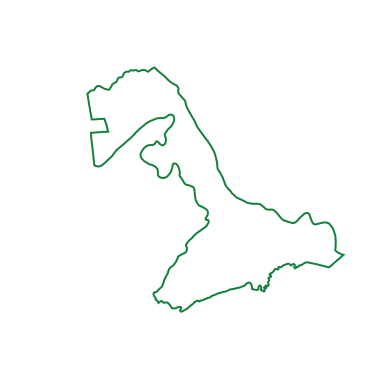 outline of Uspantán, Quiché, Guatemala, rotated 144°
{"feature_id": "79465075B86057243605305", "entity_name": "Uspantán", "entity_type": "district", "adm_level": 2, "iso_a3": "GTM", "parent_name": "Guatemala", "parent_adm1": "Quiché", "projection": "orthographic", "projection_center": [-90.797, 15.482], "detail": "fine", "context": "isolated", "style": "outline", "palette": "green", "viewbox_px": 384, "rotation_deg": 144, "n_neighbors": 0, "source": "geoboundaries", "source_scale": "gbopen_adm2", "svg_char_len": 6010}
<svg xmlns="http://www.w3.org/2000/svg" viewBox="0 0 384 384"><g transform="rotate(144 192 192)"><path d="M187.6,326.0L188.1,325.6L188.4,325.6L191.0,325.9L193.2,325.9L196.1,324.4L198.5,323.5L199.3,323.7L200.2,324.6L202.2,327.1L204.5,332.0L206.2,333.3L208.2,333.3L211.1,332.0L212.3,332.3L214.1,333.5L217.9,333.0L218.8,333.1L221.7,327.4L223.7,323.5L225.1,320.4L226.9,317.1L228.9,312.6L230.5,309.7L229.2,308.7L219.9,302.8L221.4,297.6L222.7,294.2L224.4,290.1L229.7,293.6L236.7,297.8L238.9,299.2L241.1,296.0L244.2,290.6L244.9,289.2L255.1,271.4L255.2,270.5L253.6,268.5L252.8,267.7L251.7,267.1L249.8,266.6L244.7,266.8L242.6,267.2L236.6,267.8L233.9,268.5L233.3,268.8L228.3,270.3L218.9,270.9L207.7,272.0L201.9,273.2L197.7,273.8L188.9,274.4L183.9,273.9L177.1,272.2L174.8,270.8L172.1,268.9L171.1,268.3L169.1,267.9L165.7,267.9L164.5,267.6L163.5,266.9L162.5,265.6L162.4,264.2L162.6,263.1L163.6,261.4L165.7,259.4L169.6,257.6L171.2,257.2L174.6,256.8L178.4,255.6L180.0,254.7L180.8,253.6L181.2,252.3L181.4,251.1L182.1,249.9L183.0,248.8L184.9,247.2L185.7,246.9L186.8,246.7L187.8,246.8L188.7,247.3L189.1,248.0L189.7,249.3L190.0,252.2L190.3,253.2L190.7,253.7L191.2,253.9L192.8,253.1L193.9,252.8L195.6,253.0L196.3,253.1L198.4,254.7L199.7,255.4L200.8,255.7L202.0,255.9L204.0,255.8L205.7,255.5L210.0,253.9L211.0,253.2L212.2,251.8L212.6,250.9L212.9,249.4L213.0,248.2L212.5,245.0L210.6,240.4L209.9,239.1L208.2,237.0L206.6,233.4L206.6,230.6L207.0,229.6L209.6,225.7L209.7,224.1L209.1,222.3L207.1,220.2L205.5,219.5L202.9,219.1L199.2,220.0L197.7,220.5L195.9,221.6L194.5,222.7L192.9,224.0L191.6,225.4L191.0,225.7L190.2,225.8L189.6,225.5L188.5,224.3L188.2,223.2L188.0,222.2L188.5,219.6L189.0,217.8L190.4,214.8L190.8,214.3L191.8,213.5L192.6,212.1L192.5,208.3L193.0,203.1L192.3,201.1L190.8,199.5L188.6,196.2L188.0,195.0L188.2,193.3L192.8,185.4L193.7,183.2L194.3,180.3L194.2,176.8L192.0,173.1L191.1,170.9L190.5,168.9L190.5,167.6L191.3,165.8L192.9,164.2L196.3,162.7L197.0,161.9L196.9,161.0L195.9,160.5L195.5,160.0L195.6,158.8L196.0,158.1L196.7,157.5L199.2,156.4L201.4,155.8L212.3,155.9L216.2,155.5L218.7,154.8L221.4,154.7L225.6,153.7L227.7,152.9L228.1,152.4L228.4,152.1L228.6,151.4L228.7,150.5L228.9,149.8L230.2,148.2L231.7,147.1L232.4,146.9L234.3,147.0L237.1,147.6L239.7,147.9L241.2,147.8L245.8,145.0L249.7,143.7L253.7,143.6L255.1,143.3L257.6,142.0L259.4,140.4L260.2,140.2L266.1,137.1L270.2,134.1L272.3,133.0L276.0,132.7L278.9,132.1L280.8,132.4L281.6,133.1L282.3,132.8L283.0,132.2L283.5,131.4L283.8,130.0L283.8,127.7L284.1,127.1L284.6,126.6L284.6,126.0L284.5,125.7L284.1,125.2L283.9,124.3L284.5,122.0L281.9,122.0L280.7,121.7L280.3,121.2L280.4,119.9L279.9,119.0L277.3,117.5L277.1,117.3L276.8,116.5L276.4,115.0L276.3,112.3L276.6,110.3L276.4,109.6L274.8,108.2L273.3,107.5L271.8,107.3L269.9,106.6L269.5,106.3L268.8,105.5L268.7,105.1L268.8,104.7L269.0,104.5L271.2,103.2L271.4,102.7L271.4,102.2L271.2,101.6L271.0,101.4L269.5,101.1L266.7,100.8L264.6,100.3L262.0,100.8L260.2,100.8L259.3,101.0L256.9,100.9L255.9,101.1L255.0,101.6L253.9,101.3L252.2,101.2L251.1,100.6L250.6,100.0L250.4,99.1L249.9,98.9L248.8,99.0L246.1,98.0L244.3,97.7L243.5,97.3L241.5,97.1L239.9,96.3L239.1,96.1L237.1,96.3L236.3,96.1L233.8,95.3L230.3,94.6L228.0,93.6L225.9,93.2L223.8,91.9L222.8,91.6L219.0,90.9L216.8,90.0L215.2,89.0L213.2,88.3L208.8,86.4L206.3,85.9L204.6,85.3L202.8,85.8L201.3,85.8L200.0,85.6L198.7,84.9L198.4,83.9L198.4,82.3L198.4,81.9L199.9,78.8L200.4,78.3L199.9,77.8L199.2,76.6L198.5,75.9L197.1,74.6L196.5,74.3L195.9,74.3L195.5,74.4L194.4,75.6L193.3,76.4L193.0,76.5L192.0,76.4L191.7,75.5L192.0,74.1L192.5,73.5L193.6,72.7L193.8,72.2L193.8,71.9L193.0,70.9L192.7,70.4L192.4,69.4L192.1,69.2L191.6,69.2L190.8,69.8L189.8,72.4L189.4,72.4L188.9,71.2L188.4,70.8L188.0,71.1L187.9,72.5L187.6,72.9L187.2,73.0L187.0,72.8L186.8,71.8L186.6,71.6L184.6,71.6L184.4,71.9L184.2,73.1L183.4,74.4L183.0,74.6L181.7,74.9L181.3,75.2L181.0,76.1L180.9,77.1L180.8,77.4L180.4,77.6L180.0,77.6L178.1,77.1L177.8,77.1L177.5,77.3L177.3,78.3L177.8,79.7L177.2,79.9L175.3,79.9L174.6,79.7L172.8,79.8L171.9,80.1L171.1,80.6L170.1,80.7L169.3,80.4L168.4,79.1L167.8,78.9L167.2,79.0L166.6,80.1L166.3,80.3L166.0,80.3L165.7,80.3L164.5,79.0L163.8,78.7L161.5,79.0L157.0,77.8L155.8,76.9L155.5,76.4L155.2,74.7L154.9,74.2L153.0,74.3L152.6,74.3L152.2,73.9L151.7,73.3L151.6,72.6L151.8,72.3L153.5,71.1L153.7,70.5L153.5,69.6L152.4,69.5L151.4,69.8L150.2,69.1L149.9,69.1L148.9,69.5L148.5,69.5L146.1,68.5L142.4,68.4L140.2,67.5L133.5,60.2L125.9,51.0L125.2,50.6L124.5,50.5L106.4,52.1L107.8,53.9L110.0,58.4L110.3,59.8L110.1,61.1L108.2,63.0L104.4,68.0L103.0,70.4L102.3,71.4L101.6,72.6L99.8,78.2L99.4,80.7L99.5,85.0L99.6,85.8L100.0,86.3L100.2,87.1L101.9,88.9L103.5,90.0L106.0,91.1L111.2,93.2L112.1,94.1L112.4,95.0L112.4,97.4L110.3,104.7L110.3,106.2L111.0,107.3L111.7,107.8L113.0,108.2L114.7,108.3L120.6,107.6L123.6,106.8L126.1,106.7L128.1,107.2L129.3,108.2L131.5,111.0L132.3,112.0L132.3,112.4L133.4,113.5L133.3,113.8L134.2,114.6L134.7,115.6L135.3,118.2L135.8,126.2L136.7,129.7L137.8,131.0L140.2,132.4L141.8,134.1L142.4,135.4L142.9,138.3L143.9,141.8L145.5,143.7L147.6,145.3L148.1,145.4L150.7,147.6L153.3,150.4L154.1,151.5L154.5,152.9L158.8,160.7L159.4,162.3L159.8,165.0L160.5,167.7L160.3,168.9L160.5,172.3L160.9,173.2L160.9,177.5L160.6,179.2L159.6,181.9L159.7,182.4L159.4,182.8L159.2,184.0L158.7,185.4L157.9,191.0L157.8,195.0L157.5,196.0L155.6,199.3L154.5,200.9L153.4,203.5L151.9,207.1L151.0,209.7L150.3,212.8L149.6,218.5L149.4,224.2L149.6,227.9L149.5,241.5L148.0,248.9L147.8,252.0L146.8,260.9L146.0,265.0L144.0,269.9L144.9,278.7L144.5,280.9L143.8,282.0L142.1,283.5L141.9,284.2L141.8,287.1L143.9,291.2L144.9,294.3L145.6,297.6L146.3,302.4L148.1,309.1L149.2,314.8L152.7,315.3L156.7,315.1L157.0,315.5L158.3,318.1L158.9,318.8L160.3,319.9L163.5,320.7L164.5,321.1L164.9,321.6L165.1,323.0L167.2,324.6L167.9,324.6L168.2,324.8L169.6,326.4L170.1,326.6L172.2,326.5L172.8,326.7L174.6,328.0L177.3,328.1L180.4,326.3L181.4,326.2L182.4,326.6L183.1,327.1L184.1,327.6L184.8,327.5L187.6,326.0Z" fill="none" stroke="#15803d" stroke-width="2"/></g></svg>